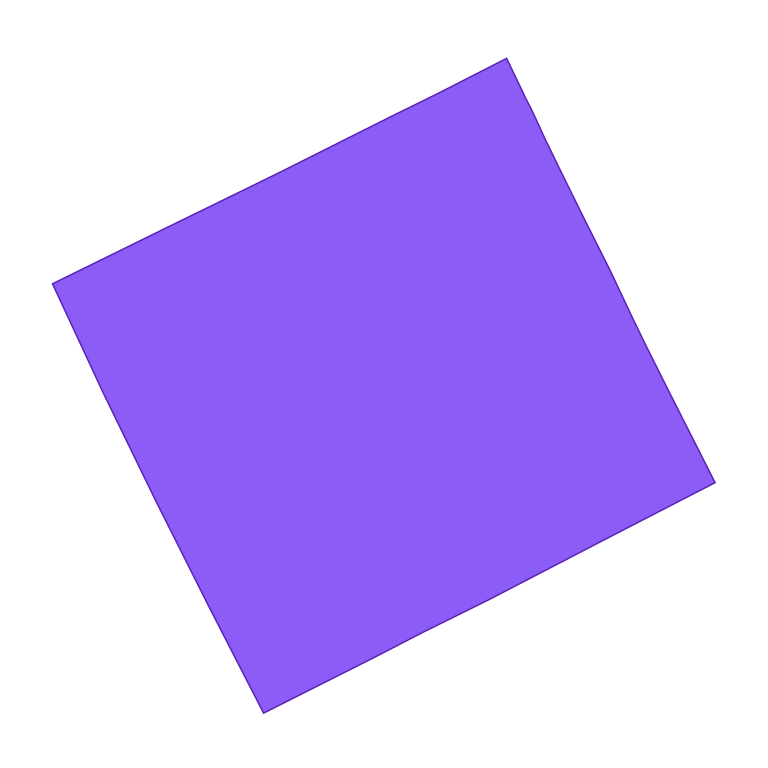 Waukesha, Wisconsin, United States of America (Natural Earth projection), rotated 333°
{"feature_id": "52423323B1729669151935", "entity_name": "Waukesha", "entity_type": "district", "adm_level": 2, "iso_a3": "USA", "parent_name": "United States of America", "parent_adm1": "Wisconsin", "projection": "natural_earth1", "projection_center": [-88.197, 43.019], "detail": "fine", "context": "isolated", "style": "filled", "palette": "violet", "viewbox_px": 768, "rotation_deg": 333, "n_neighbors": 0, "source": "geoboundaries", "source_scale": "gbopen_adm2", "svg_char_len": 555}
<svg xmlns="http://www.w3.org/2000/svg" viewBox="0 0 768 768"><g transform="rotate(333 384 384)"><path d="M634.2,622.2L634.5,515.6L634.6,504.7L634.8,474.3L634.9,465.1L635.3,445.5L635.5,435.6L637.0,387.6L637.1,377.8L637.4,329.4L637.4,328.6L638.1,276.6L638.2,268.6L638.7,246.3L638.7,239.9L640.0,209.3L640.0,193.5L641.1,149.5L562.7,149.6L513.5,148.9L387.0,148.1L260.5,146.0L134.1,144.2L129.8,264.0L127.6,383.5L126.9,503.4L127.3,622.6L253.6,623.2L305.8,622.9L380.1,623.8L507.3,622.8L634.2,622.2Z" fill="#8b5cf6" stroke="#5b21b6" stroke-width="1.5"/></g></svg>